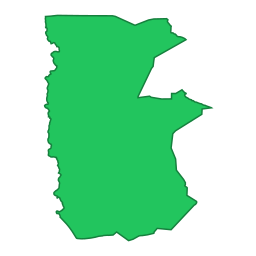 the district of Haut-Sassandra, Haut-Sassandra, Ivory Coast
{"feature_id": "98640826B13622385448205", "entity_name": "Haut-Sassandra", "entity_type": "district", "adm_level": 2, "iso_a3": "CIV", "parent_name": "Ivory Coast", "parent_adm1": "Haut-Sassandra", "projection": "orthographic", "projection_center": [-6.803, 7.032], "detail": "fine", "context": "isolated", "style": "filled", "palette": "green", "viewbox_px": 256, "rotation_deg": 0, "n_neighbors": 0, "source": "geoboundaries", "source_scale": "gbopen_adm2", "svg_char_len": 5483}
<svg xmlns="http://www.w3.org/2000/svg" viewBox="0 0 256 256"><path d="M166.7,18.7L153.5,19.0L153.3,19.1L148.6,20.0L135.0,25.3L115.3,16.4L112.4,15.8L82.9,15.7L57.4,15.4L50.1,16.2L45.5,16.5L45.6,17.3L45.3,18.3L45.5,19.0L45.4,19.7L45.5,20.3L45.7,20.8L45.4,21.8L45.9,23.6L46.0,24.4L45.9,24.7L46.1,26.1L46.1,26.6L45.6,27.1L45.8,27.7L46.1,27.7L46.3,27.5L46.5,27.9L47.0,28.3L47.1,28.6L47.1,29.2L46.9,31.1L46.6,31.5L46.1,31.7L45.8,32.1L45.7,33.0L46.6,35.4L47.3,36.0L47.8,36.9L47.7,37.7L47.4,38.5L47.4,38.9L48.1,40.2L48.7,40.7L48.9,41.1L49.2,41.3L50.0,41.3L50.3,41.4L51.1,43.7L51.6,43.6L52.4,43.3L53.4,42.7L53.8,42.6L54.5,42.8L54.8,43.0L55.3,44.1L56.7,45.9L56.9,46.2L56.8,46.6L57.2,46.7L57.5,46.6L57.9,46.7L58.5,47.0L58.9,47.4L59.1,48.0L59.1,49.4L59.4,50.6L59.4,51.2L59.3,51.6L58.9,51.8L57.6,51.9L56.5,51.5L55.1,51.4L54.4,51.6L53.6,51.9L53.4,52.0L52.6,52.9L52.1,53.0L51.6,53.4L51.4,53.6L51.1,54.2L51.2,55.3L51.9,56.0L52.5,56.9L53.2,57.2L53.7,58.1L53.8,58.8L53.3,60.0L53.2,60.8L53.4,61.5L53.8,62.8L54.5,63.9L54.8,64.0L55.2,64.8L56.1,65.6L56.7,65.7L56.9,66.0L56.7,66.6L56.8,67.5L56.4,68.4L55.7,69.1L55.4,69.7L54.7,70.5L54.2,70.7L53.8,70.8L52.3,70.9L51.5,71.0L50.9,71.0L50.5,71.2L50.1,71.9L50.3,72.5L50.4,73.1L50.7,73.3L50.9,73.7L50.8,74.2L49.5,74.8L48.8,75.7L48.7,76.1L48.4,76.6L47.2,76.7L46.5,76.6L45.9,77.0L45.3,77.7L45.1,78.2L45.3,78.7L46.6,80.0L47.1,80.7L48.1,82.7L48.6,83.4L48.7,83.9L48.4,84.9L48.0,85.9L47.2,88.0L47.4,89.1L47.8,89.7L47.9,90.0L48.0,91.0L47.8,92.3L47.5,93.2L47.1,93.9L47.4,95.7L46.9,97.4L46.7,98.9L46.9,100.7L47.7,102.5L48.2,102.8L48.3,103.2L47.9,104.3L47.1,104.2L46.2,104.4L44.9,105.2L44.6,105.7L44.9,106.7L45.4,107.3L46.2,108.0L46.6,108.1L47.4,108.2L47.6,108.3L48.9,110.2L49.3,110.6L49.5,111.0L49.4,111.4L49.2,111.7L48.6,111.9L48.3,112.4L48.2,113.0L48.1,113.3L48.4,115.0L48.6,115.3L48.6,116.2L48.5,116.8L48.9,116.9L49.3,116.8L49.6,116.9L49.8,117.4L49.8,118.2L50.1,118.4L50.6,118.5L50.8,118.7L50.9,119.2L50.9,119.5L50.6,120.1L49.9,122.4L49.7,122.7L49.6,123.1L49.7,124.1L49.0,125.8L49.1,127.7L49.0,128.7L48.6,130.2L48.3,130.9L48.1,131.0L48.0,132.1L48.3,132.7L48.7,133.1L48.9,133.6L48.9,136.0L48.8,137.4L48.5,138.1L48.1,138.7L47.9,140.0L48.3,141.8L48.5,142.3L48.8,142.8L50.1,143.9L50.7,144.0L51.0,144.2L51.0,144.7L51.4,145.0L51.4,145.3L51.4,145.9L51.2,146.1L51.1,146.5L51.1,147.4L51.0,147.8L50.7,148.4L50.1,148.8L49.0,149.3L48.4,150.0L48.3,150.8L48.4,151.3L48.7,151.8L48.5,153.0L48.6,153.6L48.4,154.4L48.3,155.1L48.5,155.4L48.9,155.8L49.5,156.0L50.2,156.4L50.6,156.8L51.3,157.0L52.7,157.0L53.1,156.7L53.9,157.0L54.3,157.0L54.7,157.1L54.9,157.1L55.4,157.3L56.1,157.3L56.3,157.4L56.3,158.0L56.8,158.3L56.8,158.5L56.7,158.7L56.8,159.1L57.9,161.0L57.9,161.3L57.9,162.1L58.0,162.3L58.4,162.8L58.3,164.0L57.7,165.3L57.6,165.6L58.1,166.0L58.3,166.3L58.7,167.3L58.9,168.1L59.4,168.7L59.6,169.2L59.5,170.1L59.4,170.7L59.4,171.7L58.6,172.7L58.5,173.0L60.2,173.9L60.9,174.6L61.0,175.0L60.8,175.5L60.4,176.0L59.8,177.2L59.4,177.5L58.6,178.3L58.6,178.9L58.4,179.5L58.3,180.0L58.4,180.3L58.6,180.8L59.3,181.9L59.6,183.2L59.3,184.7L59.3,185.2L59.1,186.5L59.3,186.9L59.0,187.8L58.6,188.5L57.5,189.7L55.8,190.8L54.3,192.2L54.0,192.6L53.9,193.3L54.0,194.2L54.2,194.6L54.5,194.9L55.2,195.4L55.7,195.6L56.1,195.8L57.3,196.2L57.4,196.4L57.6,196.6L57.1,197.5L57.0,197.8L57.2,198.0L57.4,198.0L58.2,197.2L59.1,197.5L60.0,198.2L60.1,198.5L60.0,198.9L60.7,200.3L61.2,201.2L61.9,201.9L62.6,202.9L62.6,203.1L62.3,203.6L62.4,203.8L63.4,206.4L64.0,207.3L64.0,207.9L63.9,208.6L63.7,208.8L63.0,209.1L62.4,210.1L62.1,210.3L61.6,210.3L61.3,210.5L60.9,211.1L60.4,211.4L59.4,211.7L59.2,211.6L58.3,211.4L57.7,211.1L57.1,211.0L56.9,211.0L56.3,211.7L56.4,212.7L56.7,213.2L57.0,213.6L57.3,213.6L57.5,213.5L58.2,213.6L58.7,213.4L58.9,213.4L59.1,214.1L59.6,214.6L60.2,216.1L60.3,216.8L60.1,217.1L66.6,224.0L69.5,227.6L72.2,231.4L76.2,237.8L76.7,238.3L77.5,238.5L81.3,238.8L84.8,238.7L90.9,238.0L95.2,237.2L99.0,236.2L102.3,235.9L103.6,235.5L107.7,235.2L108.3,235.3L113.1,235.0L116.6,232.0L128.6,240.6L133.1,239.2L138.8,236.0L139.4,235.8L139.8,235.8L140.5,235.6L142.0,235.6L147.5,234.8L153.8,233.3L154.2,231.9L157.2,228.4L171.1,229.7L194.1,205.2L195.6,204.3L195.9,203.8L196.6,202.8L196.6,202.4L196.7,202.1L196.6,201.7L196.5,201.4L190.8,197.8L186.9,195.4L187.2,187.8L186.9,187.4L185.3,186.3L184.8,185.7L185.3,184.7L185.4,184.3L185.3,183.8L185.4,182.8L183.6,179.5L176.4,170.2L175.6,159.0L171.1,148.0L172.8,133.7L175.5,130.8L201.8,114.3L202.1,109.0L211.4,107.8L211.1,107.6L209.8,107.2L209.1,106.9L206.5,106.0L205.6,105.6L204.8,105.2L204.0,105.3L203.7,105.2L201.3,103.8L200.0,103.6L198.1,102.9L196.5,102.2L195.0,102.0L194.7,101.8L194.2,101.4L193.8,101.2L193.4,100.8L192.8,100.6L192.0,100.7L191.4,99.8L190.5,99.6L190.1,99.4L189.1,99.1L187.9,98.1L186.9,97.6L186.2,97.4L186.1,97.1L185.8,97.0L185.3,96.4L184.8,95.7L184.7,95.4L184.8,94.5L184.9,94.3L186.1,93.7L185.9,93.2L185.1,92.8L184.4,92.6L183.7,91.5L183.0,91.0L182.0,89.8L175.8,93.5L171.6,93.5L171.5,98.9L161.6,99.0L151.2,97.3L149.6,96.2L138.0,97.7L138.0,96.6L151.5,68.4L153.1,66.4L153.8,60.6L154.3,57.6L186.0,39.7L185.4,39.1L184.6,38.5L182.9,37.7L182.0,37.3L180.2,36.8L178.7,36.7L178.4,36.7L177.6,36.5L177.0,36.1L176.1,34.9L175.1,34.0L174.5,34.0L174.1,33.9L173.4,33.2L172.9,32.9L171.7,32.9L171.0,32.7L170.8,32.2L170.7,31.5L170.9,30.7L170.7,30.1L171.0,29.1L170.9,28.0L171.2,26.2L170.8,25.8L170.1,25.3L169.7,24.6L168.0,22.6L167.6,22.1L167.4,21.4L167.4,21.1L167.6,20.9L167.9,19.7L167.2,19.2L166.9,18.9L166.7,18.7Z" fill="#22c55e" stroke="#15803d" stroke-width="1.5"/></svg>